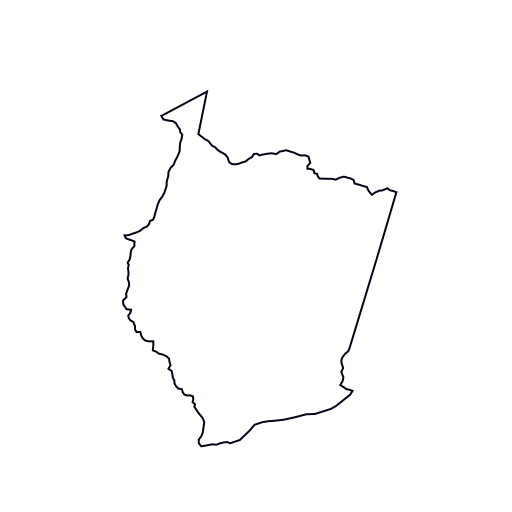 outline of Palmeiras do Tocantins, Tocantins, Brazil, rotated 56°
{"feature_id": "56859067B46130083042183", "entity_name": "Palmeiras do Tocantins", "entity_type": "district", "adm_level": 2, "iso_a3": "BRA", "parent_name": "Brazil", "parent_adm1": "Tocantins", "projection": "equal_earth", "projection_center": [-47.673, -6.586], "detail": "fine", "context": "isolated", "style": "outline", "palette": "ink", "viewbox_px": 512, "rotation_deg": 56, "n_neighbors": 0, "source": "geoboundaries", "source_scale": "gbopen_adm2", "svg_char_len": 2932}
<svg xmlns="http://www.w3.org/2000/svg" viewBox="0 0 512 512"><g transform="rotate(56 256 256)"><path d="M281.6,103.9L278.9,105.9L276.4,108.2L273.3,109.2L272.3,114.4L270.7,117.6L269.9,122.3L270.2,125.6L267.7,126.0L264.7,126.2L260.8,125.5L257.8,128.1L254.5,130.7L251.1,133.7L247.5,132.6L244.5,134.3L242.2,136.3L239.3,138.9L237.9,143.0L237.3,147.2L234.6,149.7L231.9,153.7L229.4,157.1L227.4,160.0L224.5,160.2L222.1,159.4L220.1,161.3L216.8,160.2L214.4,162.2L212.3,164.6L210.1,163.0L209.2,159.0L205.5,157.8L203.0,156.9L200.0,159.0L197.7,162.7L195.0,164.7L192.0,166.4L188.2,169.5L185.1,171.9L184.0,175.0L182.7,178.0L182.9,182.1L179.5,185.7L177.4,189.8L175.7,193.6L174.5,196.9L171.8,197.9L170.2,200.8L171.8,204.0L171.4,208.0L171.8,211.7L170.6,215.4L169.8,219.0L168.4,221.9L166.4,224.5L163.2,225.8L158.7,224.5L154.8,224.7L151.7,226.2L148.8,227.7L145.9,228.6L142.8,229.1L140.1,230.7L137.2,231.0L134.1,231.2L130.5,233.1L126.4,234.4L122.7,235.6L92.3,204.7L86.9,256.2L91.0,256.4L94.6,253.0L97.8,249.5L101.0,248.1L105.0,248.5L108.5,248.3L110.9,249.6L114.2,249.3L117.3,252.2L119.5,255.3L122.8,258.1L126.4,260.7L128.3,263.5L129.9,266.0L132.0,270.0L134.3,273.2L135.0,277.2L137.4,281.6L140.8,284.1L143.2,287.1L145.2,289.1L147.6,290.6L149.8,293.3L152.2,296.4L154.4,300.6L155.8,304.7L158.5,308.9L161.2,312.0L163.6,315.0L166.7,318.5L168.4,321.2L167.6,324.3L169.6,326.6L170.6,329.5L169.9,333.8L170.3,337.9L169.7,341.6L168.4,346.2L167.5,350.0L165.4,353.5L168.4,354.0L170.6,352.6L173.0,350.7L176.1,348.6L179.8,351.4L180.9,355.5L182.7,357.6L185.7,360.0L188.1,362.5L189.8,366.2L192.2,366.5L194.6,369.0L197.4,370.4L200.0,372.0L203.0,375.1L207.0,376.1L209.7,377.8L211.9,381.1L214.8,384.9L217.6,386.3L218.5,391.1L221.8,393.0L224.4,393.1L227.8,393.0L230.7,389.6L232.8,391.8L234.0,395.2L236.5,396.3L239.1,396.1L242.1,394.6L246.4,395.5L249.4,397.4L252.3,397.6L254.2,394.4L258.0,395.7L260.8,395.9L264.0,395.2L266.7,392.7L269.3,388.9L272.7,391.1L276.5,394.3L279.7,392.2L282.7,391.1L285.2,388.7L289.0,386.3L292.4,385.5L295.6,387.0L298.7,387.9L300.5,391.6L304.2,390.2L307.6,391.6L310.5,393.0L313.7,393.4L316.0,394.8L318.8,395.1L322.3,394.6L324.9,392.0L328.0,392.9L330.9,392.9L333.1,391.1L334.6,388.7L337.0,386.8L339.3,387.8L341.6,390.2L344.8,389.5L346.7,391.5L349.3,391.4L352.2,391.5L355.8,391.3L359.2,390.9L362.1,391.1L365.1,392.0L367.9,394.6L370.2,396.7L372.7,399.0L375.0,402.5L376.1,406.0L379.1,408.1L383.1,407.8L385.3,403.2L387.5,397.9L390.4,394.1L391.3,390.2L392.5,387.1L394.1,383.9L396.8,382.1L399.5,372.3L397.2,359.0L395.1,351.6L397.4,343.4L400.0,337.9L402.3,334.0L407.2,324.7L411.5,313.8L415.3,302.9L419.9,295.5L424.6,279.6L425.1,273.6L423.9,259.5L423.6,255.5L421.8,251.4L419.1,253.4L416.9,255.5L414.2,256.5L410.1,258.3L408.0,254.0L405.5,251.4L402.4,250.7L399.8,250.0L397.7,246.5L395.3,245.7L392.4,244.9L389.8,243.1L388.2,240.7L386.9,236.8L386.5,232.7L384.8,230.1L327.7,159.8L309.5,137.7L281.6,103.9Z" fill="none" stroke="#020617" stroke-width="2"/></g></svg>